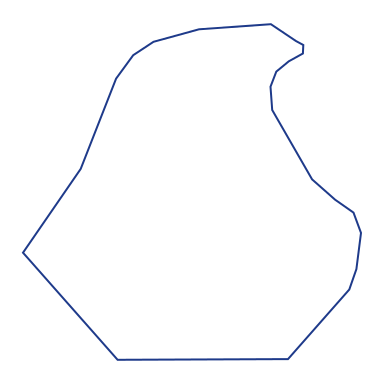 Vitanje, Albers equal-area conic projection
{"feature_id": "SVN-1002", "entity_name": "Vitanje", "entity_type": "Municipality", "adm_level": 1, "iso_a3": "SVN", "parent_name": "Slovenia", "parent_adm1": "", "projection": "albers", "projection_center": [15.317, 46.408], "detail": "fine", "context": "isolated", "style": "outline", "palette": "blue", "viewbox_px": 384, "rotation_deg": 0, "n_neighbors": 0, "source": "natural_earth", "source_scale": "10m", "svg_char_len": 390}
<svg xmlns="http://www.w3.org/2000/svg" viewBox="0 0 384 384"><path d="M288.0,359.1L117.6,359.8L23.0,252.7L80.7,168.9L116.1,78.6L133.2,55.2L153.5,41.8L199.0,29.3L270.9,24.2L295.9,41.0L303.3,45.0L302.9,53.5L288.8,61.3L276.3,71.6L270.5,86.7L272.2,110.0L312.1,179.4L335.1,199.7L353.5,212.6L361.0,232.9L356.4,269.1L349.3,289.5L288.0,359.1Z" fill="none" stroke="#1e3a8a" stroke-width="2"/></svg>